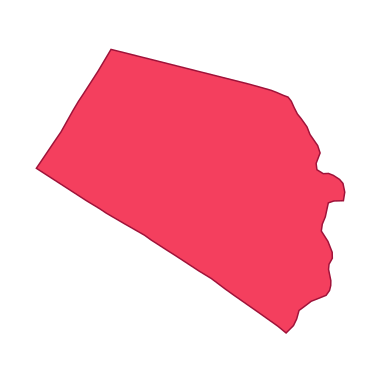 Brasilândia do Sul, Paraná, Brazil, rotated 263°
{"feature_id": "56859067B61822887555526", "entity_name": "Brasilândia do Sul", "entity_type": "district", "adm_level": 2, "iso_a3": "BRA", "parent_name": "Brazil", "parent_adm1": "Paraná", "projection": "mercator", "projection_center": [-53.561, -24.156], "detail": "fine", "context": "isolated", "style": "filled", "palette": "rose", "viewbox_px": 384, "rotation_deg": 263, "n_neighbors": 0, "source": "geoboundaries", "source_scale": "gbopen_adm2", "svg_char_len": 974}
<svg xmlns="http://www.w3.org/2000/svg" viewBox="0 0 384 384"><g transform="rotate(263 192 192)"><path d="M234.5,40.4L196.2,86.2L186.5,98.5L181.4,104.4L168.4,121.5L154.9,139.6L149.5,145.4L137.0,160.4L131.1,167.6L112.4,189.7L103.8,200.6L91.7,213.1L83.8,221.7L65.1,242.5L48.4,260.8L40.6,268.2L47.0,276.4L53.2,280.4L61.4,283.8L65.9,291.7L69.0,296.9L73.1,312.5L77.5,316.5L82.2,318.3L87.1,319.0L98.5,318.1L103.6,319.2L109.1,323.2L115.1,323.8L126.4,320.9L137.5,315.6L144.2,317.4L151.1,321.3L156.9,323.3L164.6,326.0L165.8,331.7L164.9,341.2L173.2,343.6L182.1,342.9L186.5,340.0L191.3,334.3L193.8,329.7L194.2,324.5L198.9,318.7L205.3,318.7L215.1,323.9L222.7,322.4L234.7,316.1L242.5,314.1L246.1,312.2L251.8,309.1L256.6,306.1L263.5,303.6L270.0,301.6L274.5,298.9L276.7,294.6L280.4,288.3L283.3,282.9L291.9,262.3L333.5,154.7L343.4,129.0L323.4,113.5L302.3,95.9L295.9,90.4L287.5,83.9L267.6,69.3L258.4,61.2L244.0,48.7L234.5,40.4Z" fill="#f43f5e" stroke="#9f1239" stroke-width="1.5"/></g></svg>